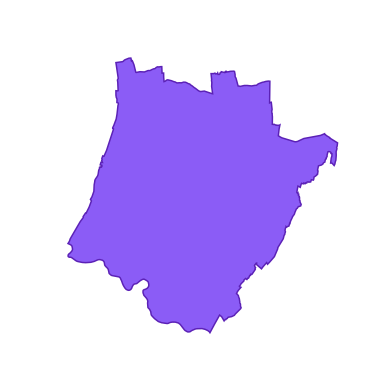 outline of Maciuca, Vâlcea, Romania, rotated 293°
{"feature_id": "2599482B93962739610645", "entity_name": "Maciuca", "entity_type": "district", "adm_level": 2, "iso_a3": "ROU", "parent_name": "Romania", "parent_adm1": "Vâlcea", "projection": "orthographic", "projection_center": [24.058, 44.753], "detail": "fine", "context": "isolated", "style": "filled", "palette": "violet", "viewbox_px": 384, "rotation_deg": 293, "n_neighbors": 0, "source": "geoboundaries", "source_scale": "gbopen_adm2", "svg_char_len": 5982}
<svg xmlns="http://www.w3.org/2000/svg" viewBox="0 0 384 384"><g transform="rotate(293 192 192)"><path d="M271.9,312.5L273.5,312.6L275.8,312.1L277.5,312.0L282.2,310.4L285.4,308.9L288.5,308.5L289.6,307.7L290.9,307.7L294.1,306.8L295.5,297.7L295.9,297.6L296.3,294.7L296.6,293.1L297.0,292.4L296.8,291.8L297.0,291.4L297.4,291.2L294.3,288.2L284.9,274.0L279.8,269.4L278.7,267.8L278.4,266.7L277.0,253.7L277.1,252.0L277.5,249.5L283.9,247.6L288.1,246.7L287.7,246.4L287.3,245.8L286.6,244.2L286.7,243.8L286.3,243.3L286.4,241.1L286.0,240.8L286.0,240.2L285.7,239.5L292.7,236.6L294.5,235.6L295.5,235.2L295.6,234.9L297.6,233.8L297.8,233.6L298.5,233.7L299.4,233.4L305.6,229.9L305.2,229.2L304.4,228.6L324.4,220.4L323.9,218.9L322.6,216.7L321.1,214.9L320.5,213.9L317.9,211.2L316.9,210.4L315.4,209.7L314.8,208.3L312.9,205.4L311.6,201.1L310.4,198.4L308.1,195.2L307.9,194.0L307.6,193.0L314.0,188.0L314.7,187.0L315.1,186.6L317.1,185.7L319.6,184.0L319.5,183.1L318.4,180.8L317.9,179.8L317.3,179.2L316.0,177.0L316.4,176.6L316.5,176.1L316.2,175.9L315.7,176.4L315.4,176.4L315.1,176.0L315.4,175.8L315.5,175.5L314.7,175.2L314.3,173.0L314.3,172.3L314.2,172.0L313.8,172.2L313.5,172.1L312.8,171.4L312.5,171.3L311.7,171.5L311.0,171.3L310.8,170.8L310.4,170.0L311.6,169.1L310.9,169.0L310.3,168.3L309.9,167.4L310.4,166.7L309.4,165.6L308.4,163.3L303.3,166.1L302.2,166.4L300.5,167.5L296.9,168.8L290.5,172.6L290.3,171.4L289.7,163.9L288.0,161.0L287.7,160.2L287.7,159.5L287.8,158.2L288.8,154.5L288.9,153.5L289.7,150.8L290.1,148.6L290.5,147.8L290.3,145.9L290.5,144.6L290.5,143.2L289.9,141.4L288.3,139.5L287.8,138.1L286.5,135.5L286.7,133.4L286.5,132.5L286.4,129.5L285.8,125.9L285.3,125.1L283.6,124.1L282.7,123.1L286.6,121.1L290.4,119.4L289.7,118.0L295.6,115.2L295.1,114.1L294.1,112.6L293.9,111.7L293.6,111.2L292.8,110.5L291.0,109.6L290.4,108.6L289.2,107.4L287.4,105.9L286.7,104.2L283.9,101.3L282.4,97.1L280.2,93.9L280.2,93.6L280.9,93.0L286.5,88.8L289.5,85.8L289.6,85.5L289.4,85.4L288.9,85.4L289.0,84.9L290.2,84.3L291.4,83.4L290.5,81.6L287.9,79.0L287.1,78.3L285.4,77.6L284.8,77.1L281.4,71.4L267.8,79.7L265.9,79.6L264.0,80.8L256.4,84.4L255.9,83.7L255.5,82.4L251.3,84.2L249.4,85.4L248.7,86.2L247.9,86.8L245.0,87.9L245.1,89.1L245.0,89.4L244.1,89.9L242.9,90.0L234.2,92.6L229.5,93.7L222.8,94.0L220.1,93.9L219.5,94.2L219.5,95.0L219.0,95.2L196.8,97.1L190.5,97.0L190.3,96.8L190.4,95.8L188.8,95.8L187.3,96.0L186.8,96.6L185.6,96.6L184.2,98.0L183.8,96.6L181.1,96.9L181.4,98.6L180.4,99.0L180.0,98.5L179.6,98.9L179.4,98.8L179.1,98.4L178.9,97.4L178.7,97.2L177.2,97.7L175.7,97.6L171.5,98.7L169.8,98.8L165.7,98.0L164.0,98.2L163.7,98.4L160.5,99.1L154.3,101.4L148.6,101.8L145.5,101.4L144.5,102.9L137.9,103.2L131.1,102.8L131.1,102.2L126.8,101.4L126.1,101.9L121.1,100.7L112.5,99.6L101.4,98.2L98.8,98.4L96.1,98.0L96.0,101.0L95.7,101.8L95.4,102.5L94.7,103.1L93.0,104.2L92.3,104.5L90.8,104.5L88.4,103.7L86.7,102.8L85.9,102.6L84.6,102.9L84.1,103.5L84.0,104.4L84.6,106.1L84.5,107.2L83.4,111.9L83.3,113.1L83.4,114.2L84.3,118.6L85.4,121.7L87.8,126.4L89.9,129.1L92.9,131.9L93.8,133.6L94.2,136.4L93.7,137.8L93.0,138.7L90.8,140.1L90.3,140.6L89.6,142.0L89.0,143.6L88.1,145.1L84.6,147.6L83.8,150.1L83.8,150.9L85.3,157.9L85.1,159.2L82.6,162.0L80.6,163.8L79.1,165.4L77.5,167.6L76.6,169.5L76.6,171.7L77.1,172.7L77.8,173.4L78.5,173.8L80.1,174.1L81.0,174.0L83.0,174.1L84.6,174.7L86.1,176.9L90.3,179.1L92.1,180.5L93.0,181.7L93.0,182.9L92.7,185.1L92.4,186.2L92.0,186.9L90.1,188.3L88.5,188.9L87.1,188.8L85.9,188.4L84.1,187.0L83.5,186.1L82.4,185.5L81.7,185.6L80.1,186.3L78.1,188.1L76.6,191.3L75.4,193.1L73.9,194.1L72.4,194.5L68.4,196.6L67.9,197.6L67.5,198.7L65.7,200.8L63.5,202.1L62.7,202.8L62.0,204.2L60.8,207.0L59.6,211.6L59.8,215.1L61.2,220.5L61.7,221.3L63.3,222.8L64.0,223.8L64.6,224.8L65.7,227.5L66.1,230.7L65.5,232.9L62.2,238.8L61.8,239.8L61.5,242.4L61.7,243.2L62.5,244.7L64.6,246.1L67.1,248.5L68.0,249.8L70.2,254.6L70.7,257.7L70.6,260.7L70.1,262.6L69.5,263.5L79.3,264.4L89.5,265.5L88.8,268.0L85.9,271.9L87.0,272.1L87.7,273.0L88.7,273.1L89.0,273.6L89.4,273.9L90.8,274.2L92.8,277.2L95.1,279.2L96.5,279.5L103.7,282.4L104.7,282.4L105.8,281.3L107.8,280.4L108.6,279.3L109.6,278.9L112.5,277.1L113.4,276.1L114.7,275.2L115.6,273.6L115.8,272.7L117.5,272.7L119.7,273.1L123.4,274.3L123.4,272.9L123.5,272.6L123.9,272.4L125.6,273.0L126.4,272.9L129.8,274.3L130.4,274.5L131.2,274.2L133.3,275.1L132.9,276.7L134.6,277.1L134.8,277.7L136.6,277.8L137.4,277.7L137.8,278.2L138.1,278.4L139.1,278.0L139.3,278.2L139.0,278.5L139.6,279.3L139.8,279.4L145.4,280.5L145.7,280.0L147.2,280.1L147.8,278.9L148.4,278.8L148.9,278.2L151.6,278.9L151.8,279.3L150.7,279.6L150.3,280.2L148.4,286.0L151.0,286.6L156.2,288.3L155.0,289.8L157.9,290.9L164.7,293.1L173.3,293.1L174.1,292.7L184.2,294.2L185.0,294.2L188.2,293.7L189.0,294.0L190.1,293.7L191.7,293.6L192.3,293.3L192.6,292.8L193.5,292.5L195.4,292.1L196.3,292.3L196.9,292.1L196.6,292.9L197.6,293.4L198.5,294.5L200.1,294.3L201.2,294.6L201.3,294.5L201.3,294.1L201.5,294.0L202.5,294.3L203.7,294.1L208.0,294.3L208.8,294.1L209.5,294.5L211.8,294.9L213.2,294.7L217.2,294.7L218.2,295.3L220.2,295.6L220.5,296.3L221.7,297.5L223.3,297.3L225.0,295.3L226.0,295.0L226.3,294.3L229.0,293.1L229.0,292.8L229.9,292.5L230.4,291.3L231.6,291.1L231.5,290.8L231.6,290.4L232.8,289.8L232.2,289.4L232.3,289.1L232.7,288.6L238.8,287.2L238.8,288.5L238.6,289.8L242.2,289.4L242.9,289.6L242.8,290.3L243.1,291.1L243.1,291.6L243.3,291.8L243.9,291.6L243.8,292.2L244.0,293.0L244.7,292.9L244.9,293.7L245.1,294.1L246.0,294.0L246.7,294.9L246.7,295.9L247.1,296.2L247.6,297.3L249.9,297.1L250.4,299.1L251.1,299.1L253.5,298.5L254.9,299.5L255.5,299.7L256.0,300.2L257.4,300.3L257.5,300.6L260.6,299.8L260.7,299.3L261.7,298.9L265.5,298.2L267.4,300.6L269.0,301.6L269.5,301.5L270.7,301.9L271.4,302.6L273.7,302.1L274.6,302.2L275.0,302.6L276.0,302.2L277.3,302.5L278.9,301.9L282.1,301.4L282.8,302.2L282.9,303.9L282.7,304.4L281.8,304.8L281.7,305.2L282.0,305.5L282.0,305.8L279.8,306.7L277.7,306.9L272.8,308.3L273.1,308.9L273.2,309.8L271.9,312.5Z" fill="#8b5cf6" stroke="#5b21b6" stroke-width="1.5"/></g></svg>